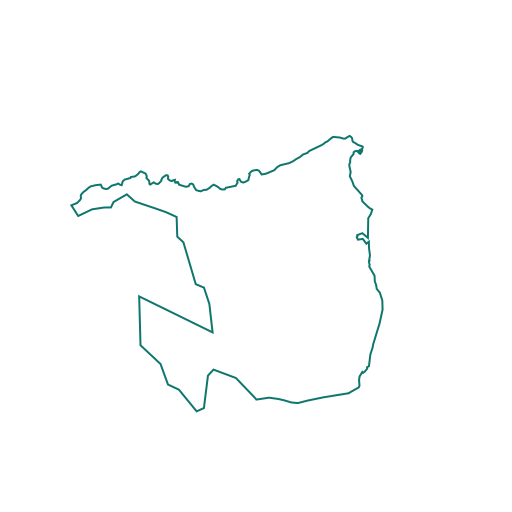 Pomos, Paphos, Cyprus (Equal Earth projection), rotated 46°
{"feature_id": "46923920B57848599491117", "entity_name": "Pomos", "entity_type": "district", "adm_level": 2, "iso_a3": "CYP", "parent_name": "Cyprus", "parent_adm1": "Paphos", "projection": "equal_earth", "projection_center": [32.55, 35.149], "detail": "fine", "context": "isolated", "style": "outline", "palette": "teal", "viewbox_px": 512, "rotation_deg": 46, "n_neighbors": 0, "source": "geoboundaries", "source_scale": "gbopen_adm2", "svg_char_len": 3293}
<svg xmlns="http://www.w3.org/2000/svg" viewBox="0 0 512 512"><g transform="rotate(46 256 256)"><path d="M413.7,251.3L411.7,248.8L406.3,242.2L402.9,235.8L400.8,232.8L396.5,225.1L393.9,220.4L390.5,214.2L382.5,202.2L375.8,196.1L368.5,192.4L363.5,192.0L360.6,189.9L356.7,188.1L352.5,184.4L345.5,182.7L342.3,181.9L341.3,180.4L341.2,180.4L338.5,178.7L338.3,177.9L338.2,177.6L337.8,177.7L334.9,173.8L333.8,172.9L329.2,169.5L324.1,164.9L323.8,168.1L317.9,167.3L315.1,171.3L313.0,170.7L312.5,170.5L312.5,169.6L311.3,168.8L313.4,163.7L320.7,162.9L306.8,149.0L305.6,144.2L305.0,143.1L303.4,140.1L302.9,140.3L301.1,140.9L297.9,141.3L290.6,141.5L287.2,139.6L286.8,137.9L285.9,137.4L280.8,137.2L273.6,136.9L269.5,135.0L263.8,133.1L261.4,129.6L256.2,126.4L254.8,125.1L254.2,123.4L252.2,121.4L250.9,119.3L250.4,115.0L249.3,113.8L249.2,112.5L250.4,110.5L252.4,110.3L252.4,109.7L251.3,109.9L251.9,107.9L252.0,107.0L252.8,106.8L253.5,107.2L253.9,108.4L254.1,110.3L254.9,110.1L254.6,107.8L253.8,106.2L252.6,105.7L252.4,104.4L251.9,103.5L250.9,103.4L246.9,105.5L243.1,106.3L241.7,106.9L240.4,106.7L237.9,105.0L236.2,104.9L234.6,105.3L234.0,107.7L233.5,110.3L232.1,111.7L229.0,113.4L223.8,117.9L223.3,122.1L223.3,124.0L222.9,126.0L222.4,127.1L222.4,128.7L221.9,131.5L217.8,143.7L217.4,145.3L217.6,147.4L215.7,151.5L215.3,155.8L214.2,159.8L213.6,163.4L212.2,167.7L207.6,175.4L206.8,179.1L207.0,183.2L203.8,191.5L201.3,195.3L196.9,194.6L194.8,195.4L193.6,197.1L192.1,199.5L191.9,201.7L192.1,203.8L193.3,204.1L194.3,206.0L196.1,208.8L195.3,211.9L194.2,214.3L192.0,215.2L189.2,214.5L188.5,215.4L189.0,217.5L190.4,218.3L191.4,221.8L186.0,230.3L186.4,232.2L184.7,234.1L182.9,235.1L180.7,235.3L178.3,235.8L175.3,236.9L174.8,239.2L174.7,242.4L174.0,245.6L172.3,247.5L171.0,250.9L168.7,252.4L166.9,253.3L163.3,252.5L160.8,251.5L159.2,252.0L158.3,253.5L159.0,255.9L157.6,258.3L153.6,260.5L151.3,261.8L148.7,260.8L148.0,261.4L148.4,261.9L147.2,263.1L145.7,262.6L144.9,261.5L143.8,263.4L143.7,264.4L141.8,265.6L139.3,265.7L137.9,264.0L136.5,263.6L135.3,264.8L134.7,268.9L135.5,271.2L136.1,271.8L136.3,275.2L136.0,276.7L134.1,278.0L132.0,278.4L131.1,282.5L130.2,282.6L127.7,280.7L123.7,280.6L122.9,279.3L121.2,278.5L119.9,278.2L115.2,280.0L114.8,281.2L115.1,283.5L115.0,285.6L114.7,287.7L112.3,291.1L112.6,292.3L109.8,297.4L109.7,300.0L111.0,302.1L111.7,303.5L110.3,304.3L108.1,304.8L107.5,306.6L106.3,308.8L105.1,311.2L104.9,313.8L104.7,315.7L104.2,316.7L103.1,317.7L101.6,318.7L100.2,319.1L99.3,319.1L98.4,318.6L96.8,318.1L95.4,319.9L93.7,322.1L91.1,326.5L90.6,329.1L90.6,332.2L90.1,335.5L90.3,338.9L91.1,340.4L92.9,341.7L93.5,343.7L93.6,347.8L91.3,353.6L92.3,353.8L103.7,356.1L108.5,341.7L108.7,341.3L115.5,331.7L120.3,326.6L118.2,321.0L121.9,306.1L132.7,305.3L151.0,295.8L161.9,290.3L172.8,286.0L187.4,299.2L195.7,298.7L234.4,318.9L242.6,315.4L258.0,322.8L280.8,340.3L204.2,368.0L203.9,368.1L240.0,401.1L267.4,399.7L287.3,408.6L298.6,404.3L326.5,406.6L329.2,399.1L308.7,373.7L308.2,365.5L329.8,355.2L358.2,355.3L359.5,355.5L367.0,345.0L374.6,339.1L379.7,335.8L385.8,332.4L390.9,328.0L395.8,319.4L404.4,305.8L419.7,283.8L420.2,283.8L419.2,283.8L421.9,273.5L421.2,271.7L416.8,268.0L414.6,265.2L413.3,260.1L414.4,260.2L414.7,258.0L414.3,254.3L413.2,253.4L413.7,251.3Z" fill="none" stroke="#0f766e" stroke-width="2"/></g></svg>